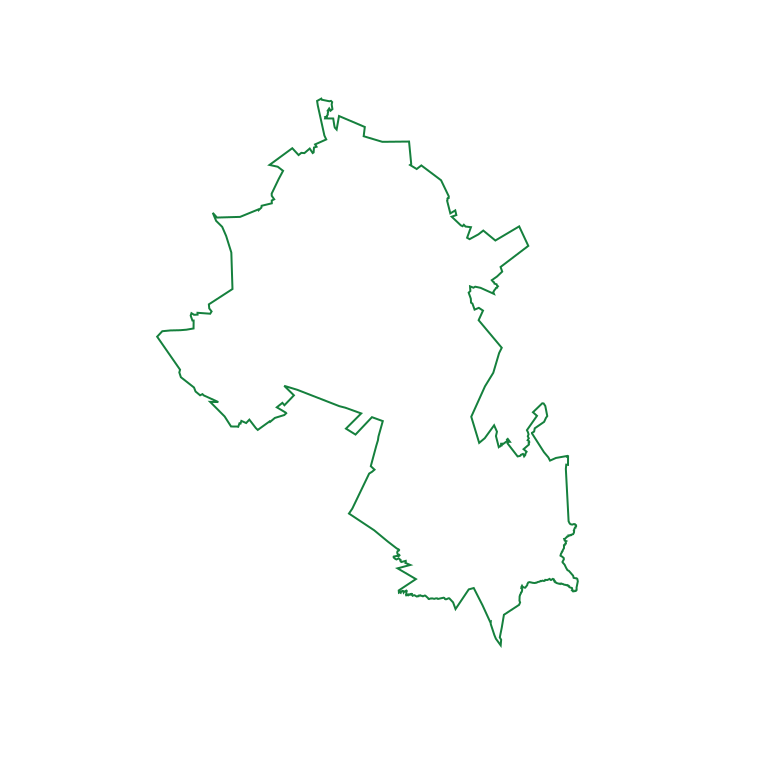 the district of Canatlán, Durango, Mexico, rotated 246°
{"feature_id": "50627088B7187015857407", "entity_name": "Canatlán", "entity_type": "district", "adm_level": 2, "iso_a3": "MEX", "parent_name": "Mexico", "parent_adm1": "Durango", "projection": "orthographic", "projection_center": [-105.2, 24.53], "detail": "fine", "context": "isolated", "style": "outline", "palette": "green", "viewbox_px": 768, "rotation_deg": 246, "n_neighbors": 0, "source": "geoboundaries", "source_scale": "gbopen_adm2", "svg_char_len": 6153}
<svg xmlns="http://www.w3.org/2000/svg" viewBox="0 0 768 768"><g transform="rotate(246 384 384)"><path d="M228.5,328.8L227.0,330.1L226.2,330.3L225.8,329.7L225.8,328.5L225.0,327.7L224.3,327.4L222.7,327.3L221.9,328.4L221.2,328.5L220.8,327.4L221.7,325.8L222.4,322.7L222.1,322.4L221.5,322.3L219.4,323.3L218.6,324.1L218.8,326.4L217.1,327.3L216.3,327.1L216.2,327.5L215.0,327.1L214.3,327.5L213.6,331.9L212.7,331.6L211.8,330.8L208.0,334.4L210.1,321.4L192.8,333.8L189.4,313.5L187.4,312.8L187.6,314.1L186.7,314.1L186.4,314.3L187.4,315.3L187.5,316.7L187.2,317.2L185.5,317.1L186.1,318.1L186.2,320.4L185.6,320.6L184.3,319.4L182.8,319.1L182.6,318.4L181.9,318.3L181.5,319.5L181.5,320.1L181.9,320.7L181.7,321.0L181.1,320.9L181.2,321.7L180.9,322.3L181.4,322.5L181.4,322.8L181.2,323.0L181.1,323.8L180.9,324.1L180.2,323.7L178.9,324.0L178.9,325.4L178.6,326.0L176.6,327.4L176.1,329.2L176.6,329.4L176.6,329.7L176.1,331.4L175.4,331.7L175.0,332.6L174.2,333.2L174.2,335.1L173.8,335.7L170.6,337.1L169.5,337.3L169.2,337.7L169.2,339.1L168.8,339.7L168.7,340.6L167.3,342.5L167.1,344.0L166.6,345.3L165.7,345.9L164.5,351.6L164.0,352.1L162.7,352.3L162.3,352.7L162.0,353.5L162.0,355.8L161.6,356.5L156.4,358.3L149.3,357.8L161.9,377.9L161.1,383.0L141.8,384.0L123.7,384.2L123.7,385.0L121.5,383.9L109.7,382.7L105.8,382.6L97.8,384.3L102.7,387.0L105.4,386.7L113.4,392.4L124.4,399.7L127.3,417.6L129.1,419.5L130.9,419.6L134.8,421.5L136.3,422.8L136.9,423.8L137.8,424.3L138.0,425.2L138.3,425.5L139.7,426.5L140.9,426.8L141.5,426.4L142.2,427.3L142.7,427.0L143.5,428.0L142.5,428.1L141.0,429.2L140.5,430.2L142.0,433.0L143.1,433.8L144.0,435.1L143.8,436.4L141.8,439.1L140.8,440.9L140.7,442.2L140.4,442.6L140.6,443.7L140.2,445.6L140.4,446.9L140.0,447.2L139.9,448.8L139.0,450.0L138.9,450.8L139.5,451.6L138.5,453.5L138.6,456.0L137.3,456.5L137.0,457.0L137.3,459.0L136.4,459.7L135.3,459.3L134.8,459.9L133.8,459.5L133.4,460.0L132.9,460.0L132.6,460.5L131.9,460.8L130.4,462.6L130.3,463.0L129.6,463.6L129.8,464.5L129.4,465.1L129.0,465.2L128.2,466.4L127.4,466.9L127.0,467.7L126.1,468.7L125.9,469.5L125.3,469.6L125.0,470.4L124.2,470.8L124.0,470.6L123.8,470.8L123.0,470.7L121.2,472.7L119.3,472.4L119.1,471.8L118.6,472.0L118.8,472.5L117.6,472.5L117.1,474.3L117.4,474.7L117.0,475.1L117.1,475.6L117.5,476.2L119.7,477.1L124.9,480.8L127.3,481.3L128.2,480.9L128.4,480.3L129.8,478.4L131.9,478.8L138.1,476.9L139.3,475.9L141.8,475.6L145.5,475.5L148.4,474.6L148.9,474.7L150.7,477.0L151.9,477.4L153.7,476.6L155.4,475.4L157.0,476.7L157.9,478.1L158.3,478.2L158.8,479.3L159.2,479.4L160.9,481.7L163.5,482.8L163.3,483.5L164.1,484.1L164.2,485.2L164.6,485.5L166.3,485.8L166.4,486.5L167.6,485.4L169.2,485.6L169.0,486.5L170.1,489.2L169.9,489.3L170.1,490.8L170.6,491.0L170.2,491.7L170.3,492.0L170.0,492.3L170.2,493.2L169.8,493.7L170.1,494.3L169.9,495.7L171.0,497.1L172.6,498.0L172.9,497.8L174.7,499.5L175.1,500.0L174.9,500.5L175.5,500.9L175.8,501.6L176.8,502.0L177.1,501.5L178.1,501.5L178.8,500.6L179.0,498.7L180.1,497.3L181.1,496.9L183.5,496.8L232.5,515.6L236.2,517.7L235.3,519.2L243.0,522.7L243.2,521.6L243.8,521.9L246.5,511.0L246.5,504.5L250.1,504.3L256.7,502.4L278.7,499.1L279.2,499.3L279.5,501.8L282.2,503.7L284.3,514.9L287.2,518.2L288.3,520.1L298.3,522.4L301.3,521.9L302.0,520.7L297.6,508.6L292.7,510.8L283.7,495.8L281.6,495.9L279.2,495.6L277.8,494.1L275.5,494.2L274.2,492.3L272.6,493.3L271.5,492.9L271.3,492.1L270.2,492.0L269.7,491.7L267.7,485.0L264.1,486.7L262.9,484.9L261.7,484.2L260.9,482.6L263.0,482.7L263.6,482.5L263.6,480.2L263.1,479.6L263.0,478.8L263.5,476.6L279.5,472.7L280.6,474.0L280.0,475.5L283.5,474.7L283.2,473.7L281.9,473.7L280.7,468.2L281.3,468.0L281.8,466.7L281.1,466.4L281.0,466.8L280.1,466.5L280.3,465.9L280.0,465.8L279.7,464.4L280.3,464.0L280.0,463.7L279.8,463.2L290.9,465.1L294.5,467.8L301.5,467.8L293.5,454.0L291.5,447.0L318.6,450.4L340.8,475.3L349.8,488.4L365.5,501.8L369.2,506.3L403.8,496.4L410.8,504.3L415.0,501.6L415.1,497.0L421.5,497.5L422.9,496.6L426.6,498.0L433.0,498.5L433.8,500.7L438.2,502.3L435.6,504.9L435.8,506.9L432.6,511.3L421.6,521.1L423.5,521.2L424.8,523.0L425.5,524.5L426.2,525.4L426.0,526.6L426.8,527.1L427.0,527.8L428.2,527.3L429.3,527.4L430.8,525.7L432.1,525.9L433.1,525.2L435.0,524.7L436.2,530.9L438.6,537.7L443.5,538.1L451.5,572.0L473.0,571.6L469.8,544.1L483.8,537.1L482.3,531.1L481.5,521.1L483.8,519.4L491.9,527.2L494.7,522.5L497.0,521.7L496.2,520.0L497.7,518.7L509.3,513.9L508.9,518.8L513.6,519.7L512.9,514.0L525.8,516.2L526.3,516.9L527.4,517.2L527.9,517.8L527.6,518.7L529.1,519.5L546.9,519.0L568.5,507.0L567.1,501.3L573.5,496.9L573.8,498.3L595.3,505.5L605.9,481.0L618.6,466.2L626.6,471.0L647.1,451.9L635.7,444.2L638.1,443.4L638.7,443.4L640.6,443.8L647.2,445.6L650.6,438.2L651.3,438.8L651.8,438.8L651.6,440.7L652.3,441.0L652.9,442.2L654.0,442.6L656.1,444.3L656.6,443.8L658.0,446.0L655.4,446.4L656.1,448.7L660.7,449.9L662.6,451.3L664.2,450.7L664.5,449.1L669.0,442.8L670.2,442.8L669.8,438.0L665.4,436.8L635.2,430.6L630.9,430.7L630.9,418.5L628.2,418.9L628.5,416.2L624.2,413.9L624.0,412.8L629.3,411.9L627.3,405.2L628.8,402.5L627.9,399.1L636.7,396.1L630.7,368.5L625.7,375.3L619.8,378.5L614.2,371.3L603.6,358.8L601.6,358.0L597.4,358.8L597.3,356.1L594.7,355.0L596.6,344.7L595.0,343.7L593.8,340.2L594.6,340.3L595.2,320.5L604.0,299.1L610.0,297.2L601.3,297.0L593.4,300.1L583.4,300.0L566.2,298.0L532.4,284.2L528.0,256.4L524.1,255.1L520.4,256.0L518.9,253.8L524.9,242.6L523.2,241.9L524.5,238.6L527.0,236.9L525.1,235.2L519.9,234.8L519.4,235.9L512.2,232.6L514.0,225.5L516.0,219.8L519.8,210.7L522.4,202.9L519.5,196.0L480.0,203.5L477.8,201.7L472.8,201.2L458.1,209.0L453.8,208.8L448.5,211.4L448.6,214.0L446.9,214.7L434.9,225.3L438.4,217.9L419.2,225.2L407.4,227.0L404.9,232.4L404.2,233.4L406.9,236.0L406.2,236.8L408.3,238.7L404.4,242.2L406.2,246.5L395.8,249.0L393.4,250.0L396.4,264.4L395.7,264.5L397.4,270.5L396.2,280.3L397.1,282.8L397.8,282.6L406.3,276.6L408.1,283.5L405.1,284.4L410.3,297.1L422.9,292.1L413.9,302.5L381.9,334.2L378.1,339.0L366.4,351.2L358.7,331.1L349.4,337.4L358.6,359.5L350.6,367.8L338.3,357.6L335.1,355.6L330.8,351.9L314.3,338.5L309.6,340.5L308.7,337.5L308.2,334.0L283.0,304.3L279.9,299.3L254.4,315.5L238.5,323.4L228.5,328.8Z" fill="none" stroke="#15803d" stroke-width="2"/></g></svg>